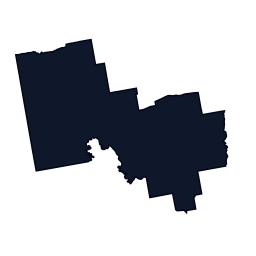 the district of Loxton Waikerie, South Australia, Australia, rotated 170°
{"feature_id": "25037944B91781040485830", "entity_name": "Loxton Waikerie", "entity_type": "district", "adm_level": 2, "iso_a3": "AUS", "parent_name": "Australia", "parent_adm1": "South Australia", "projection": "robinson", "projection_center": [140.079, -34.476], "detail": "fine", "context": "isolated", "style": "filled", "palette": "ink", "viewbox_px": 256, "rotation_deg": 170, "n_neighbors": 0, "source": "geoboundaries", "source_scale": "gbopen_adm2", "svg_char_len": 5743}
<svg xmlns="http://www.w3.org/2000/svg" viewBox="0 0 256 256"><g transform="rotate(170 128 128)"><path d="M225.8,101.7L185.3,101.8L173.5,101.8L173.6,102.1L173.4,102.2L173.0,102.1L172.6,102.1L170.9,102.6L170.1,102.6L169.7,102.7L169.5,102.9L169.4,103.4L169.5,103.8L170.3,105.1L170.3,105.4L170.2,105.6L169.9,105.8L169.6,105.8L168.6,105.7L168.1,105.5L167.1,105.0L166.8,105.2L166.7,105.6L166.9,105.8L167.7,106.1L168.2,106.4L168.4,106.7L168.5,107.0L168.8,107.4L169.2,107.5L170.0,107.3L170.3,107.5L170.4,107.8L170.3,108.0L168.8,108.2L168.6,108.3L168.5,108.5L168.7,109.0L169.1,109.1L169.7,108.8L170.0,108.7L170.1,108.8L170.4,109.3L170.5,109.5L170.5,110.1L170.6,110.3L170.9,110.4L171.2,110.3L171.6,108.8L172.0,108.6L172.5,108.5L173.0,108.9L173.1,109.2L173.2,109.6L173.2,110.0L172.4,110.9L172.4,111.2L172.4,111.7L172.6,112.0L173.1,112.4L173.1,112.6L172.7,113.3L172.3,113.5L170.4,113.7L169.7,114.0L168.9,114.1L168.4,114.3L168.2,114.5L168.1,114.8L168.2,115.2L168.7,115.6L168.8,115.9L168.7,116.5L168.8,116.7L169.0,116.9L169.4,117.2L170.2,117.3L170.8,117.2L171.4,116.9L171.9,117.3L172.2,117.8L172.3,118.0L172.1,118.4L171.9,119.8L171.4,120.6L171.2,120.8L170.6,121.0L170.0,121.0L169.6,121.2L169.4,121.5L169.4,121.9L169.7,122.4L168.6,123.1L168.2,123.3L167.4,123.2L166.9,123.1L166.5,123.0L166.1,123.0L165.8,123.2L165.8,123.4L166.0,124.1L164.9,124.6L164.5,124.6L164.2,124.6L163.9,124.4L163.4,123.9L163.0,123.9L163.0,124.1L163.1,124.6L161.9,124.4L161.5,124.2L161.0,123.9L160.2,123.1L159.2,122.2L159.0,121.9L158.8,121.6L158.7,120.9L158.6,118.8L158.7,117.2L158.6,116.8L158.4,116.4L158.2,116.2L157.1,116.1L156.9,115.9L156.7,115.6L156.7,115.4L156.8,115.1L157.0,114.8L157.6,114.5L157.7,114.3L157.7,113.9L157.5,113.7L156.9,113.5L156.7,113.3L156.6,113.1L156.7,112.9L156.8,112.9L157.3,112.8L157.4,112.7L157.5,112.5L157.6,112.2L157.4,112.1L156.6,111.5L156.0,111.2L155.5,111.0L155.0,111.0L154.7,111.1L153.5,111.7L153.2,111.7L152.0,111.4L151.7,111.5L151.1,111.8L150.6,112.3L150.3,112.9L150.0,113.9L149.8,114.3L149.6,114.5L149.3,114.5L147.3,112.0L146.1,109.9L144.7,108.0L144.4,107.2L144.1,106.4L143.7,104.5L143.4,104.0L142.9,103.5L142.3,102.7L141.9,102.2L141.9,101.7L141.9,101.3L141.9,101.0L142.5,100.1L142.6,99.7L142.6,98.9L142.3,98.2L141.5,97.3L141.0,96.3L140.2,94.9L140.1,94.4L140.2,93.6L140.6,92.5L140.9,92.0L141.6,91.5L142.1,91.3L142.4,91.3L143.4,91.8L144.0,91.9L144.6,91.4L144.7,91.2L144.6,90.9L144.3,90.3L143.8,89.9L143.1,89.6L142.8,89.2L142.8,88.9L142.9,88.7L143.6,88.5L143.9,88.2L144.1,87.8L144.1,87.3L143.8,86.8L143.4,86.6L143.2,86.6L142.3,86.7L142.1,86.6L141.9,86.1L141.6,85.7L141.3,85.6L141.0,85.6L140.3,85.9L140.1,85.9L140.0,85.7L140.2,85.3L140.4,84.8L140.3,84.2L139.7,83.3L139.6,83.2L138.9,83.2L138.6,83.3L137.9,83.9L137.6,84.0L137.4,84.0L137.1,84.0L137.0,83.8L137.0,83.2L137.2,82.7L137.4,82.6L139.2,81.5L139.6,81.1L139.8,80.6L139.8,80.0L139.7,79.6L139.4,79.2L138.7,78.3L138.4,78.3L136.9,78.2L136.6,78.1L136.3,77.8L136.1,77.5L136.1,77.1L136.3,76.5L136.4,76.3L137.0,75.9L137.6,75.8L137.8,75.7L137.8,75.2L137.7,75.0L137.4,74.8L136.5,74.6L135.9,74.4L135.6,73.8L135.7,73.1L135.5,72.8L135.1,72.8L134.9,72.8L134.7,72.9L132.6,75.2L131.5,75.9L131.0,76.7L130.4,77.2L129.8,78.2L129.6,78.3L128.6,78.1L128.0,77.8L126.3,76.2L125.5,75.8L124.2,75.3L123.7,75.4L122.7,76.0L122.1,76.4L121.3,77.2L121.0,77.2L118.5,76.1L118.5,55.7L95.4,56.0L95.1,39.2L93.9,38.0L87.0,37.3L85.1,34.5L84.6,36.6L75.4,36.5L75.4,47.5L73.2,50.3L66.9,50.4L67.0,73.5L38.5,73.6L38.6,74.3L38.4,74.7L38.2,75.0L37.5,75.3L37.3,75.5L37.1,78.2L36.9,79.2L36.6,80.1L35.5,82.1L34.8,82.9L35.2,84.1L35.4,85.2L35.8,86.1L35.9,86.5L35.9,86.9L35.7,87.4L35.0,88.3L34.7,88.9L34.7,89.2L34.7,90.2L34.6,90.7L34.2,91.1L33.6,91.5L33.4,91.8L33.7,92.5L34.3,93.5L34.8,93.7L35.8,93.9L35.9,94.6L35.8,95.1L35.5,95.5L34.6,95.7L34.8,96.5L35.2,97.1L35.5,97.3L35.8,97.4L36.5,97.5L36.0,98.5L35.6,99.3L34.1,100.5L33.2,101.8L32.8,102.2L32.5,102.9L32.4,103.8L32.5,104.9L32.4,106.0L32.4,106.7L32.5,106.9L32.9,107.4L33.2,107.7L34.1,108.2L34.3,108.4L34.3,108.6L33.8,110.5L33.4,111.4L33.0,113.3L32.5,114.3L32.5,115.2L32.3,116.3L32.2,117.9L31.6,119.5L31.5,120.0L31.7,122.5L31.4,123.9L31.5,125.2L31.2,126.3L30.3,127.2L30.2,127.9L30.1,128.1L32.8,128.2L33.1,128.2L52.6,128.2L52.6,131.0L52.7,131.5L52.6,132.4L52.7,132.8L52.8,134.0L52.8,150.6L54.1,150.9L55.6,151.0L58.8,151.3L61.6,151.3L64.7,151.6L65.1,151.5L67.0,151.5L68.3,151.2L70.1,151.0L70.8,150.8L72.1,151.1L72.9,151.1L73.9,151.4L74.4,151.7L75.2,151.9L76.3,151.9L76.7,151.7L77.2,151.7L77.5,151.8L79.8,152.2L80.4,152.5L80.7,152.5L81.0,152.6L82.5,152.7L82.8,152.9L86.5,152.1L86.9,151.8L96.7,149.3L96.7,145.2L102.0,145.2L109.6,143.4L114.4,143.4L114.4,159.8L113.9,159.9L113.3,159.8L112.9,160.0L112.9,165.7L140.2,165.7L140.1,195.8L149.0,195.9L149.1,221.5L161.1,221.5L162.3,221.3L163.1,221.4L164.2,221.2L164.9,221.4L168.0,221.2L168.4,221.2L169.4,221.4L170.6,221.3L172.6,221.3L173.4,221.0L174.5,221.1L174.5,218.8L175.1,218.7L177.8,218.2L178.3,218.3L178.7,218.5L179.1,218.6L179.4,218.5L179.5,218.3L179.6,218.2L180.1,218.4L180.3,218.4L181.3,218.1L181.5,218.0L182.0,218.0L182.6,217.9L183.4,217.7L184.4,217.6L184.8,217.4L185.0,217.2L186.9,216.8L187.5,216.4L187.7,216.5L188.4,216.3L189.7,216.3L189.9,216.3L190.9,216.3L191.3,216.5L191.5,216.5L193.7,216.4L194.5,216.6L196.2,216.6L196.4,216.7L198.3,216.3L200.1,217.6L201.5,215.9L201.8,216.1L202.2,216.1L202.8,216.1L203.4,216.5L203.7,217.2L204.0,217.0L204.4,217.3L204.6,217.3L205.4,217.9L205.9,218.4L206.1,218.9L206.3,219.0L207.0,219.1L207.4,219.4L207.9,219.6L208.1,219.5L208.3,219.4L209.7,219.2L210.0,219.1L210.5,219.0L211.6,219.2L212.2,219.4L212.8,219.5L213.4,219.4L214.1,219.4L215.3,219.2L216.9,219.3L217.5,219.2L218.4,219.5L219.3,219.5L223.6,219.2L224.7,219.5L225.8,219.6L225.9,121.6L225.8,101.7Z" fill="#0f172a" stroke="#020617" stroke-width="1.5"/></g></svg>